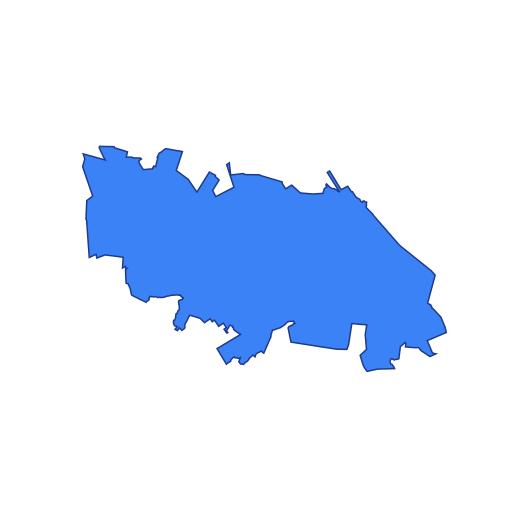 Santa Ana, Sonora, Mexico, rotated 329°
{"feature_id": "50627088B25223131716378", "entity_name": "Santa Ana", "entity_type": "district", "adm_level": 2, "iso_a3": "MEX", "parent_name": "Mexico", "parent_adm1": "Sonora", "projection": "natural_earth1", "projection_center": [-111.087, 30.458], "detail": "fine", "context": "isolated", "style": "filled", "palette": "blue", "viewbox_px": 512, "rotation_deg": 329, "n_neighbors": 0, "source": "geoboundaries", "source_scale": "gbopen_adm2", "svg_char_len": 5994}
<svg xmlns="http://www.w3.org/2000/svg" viewBox="0 0 512 512"><g transform="rotate(329 256 256)"><path d="M381.4,414.5L383.0,403.7L380.8,393.1L380.5,392.5L380.4,391.7L380.2,391.5L380.2,391.1L380.0,390.6L380.3,390.3L380.5,389.9L380.5,389.7L380.5,389.2L380.6,388.8L380.6,388.6L380.5,388.3L380.5,388.2L380.5,387.9L380.5,387.7L380.2,387.6L379.9,387.2L380.0,386.9L379.6,386.5L379.6,386.1L379.2,385.7L379.0,385.1L379.1,384.8L379.0,384.6L399.7,364.7L398.6,358.9L385.0,322.1L384.4,320.0L377.5,281.3L377.7,280.6L375.6,271.9L375.5,271.0L375.6,270.8L376.0,270.2L376.3,270.0L377.0,269.4L377.1,268.4L377.3,268.2L377.6,267.9L378.3,267.3L378.6,266.9L377.8,266.1L377.4,265.5L377.2,265.2L377.1,264.7L376.8,264.8L376.1,264.0L375.3,264.5L375.1,264.6L374.9,264.6L374.2,263.9L374.0,263.2L374.0,262.3L374.1,261.2L374.1,260.8L373.9,260.4L373.6,259.9L373.2,259.3L372.8,258.9L372.5,258.2L372.5,257.6L372.0,256.7L371.8,250.5L370.9,250.3L370.5,243.4L363.1,243.0L362.9,221.1L360.1,221.0L360.6,244.6L360.2,243.4L359.9,242.9L360.0,242.8L360.1,242.6L359.6,242.4L359.3,242.1L359.2,241.2L359.0,240.9L358.8,240.6L358.8,240.1L358.6,239.7L358.2,239.5L357.7,238.6L357.2,238.3L356.3,237.6L355.7,236.8L355.3,236.4L355.1,236.1L354.5,234.2L353.6,230.5L353.1,230.7L352.4,231.2L352.3,231.7L352.3,232.1L352.5,232.9L352.0,233.2L351.5,233.3L349.7,233.3L348.9,233.7L346.4,236.1L346.0,236.6L345.7,236.8L336.6,232.1L326.5,224.8L323.1,213.6L316.0,213.7L315.8,208.1L316.5,205.7L315.4,204.7L302.3,190.4L300.5,188.0L289.7,181.3L288.1,180.1L287.8,178.9L276.0,173.5L281.1,162.4L277.9,162.6L272.5,185.7L252.1,184.4L252.6,177.5L263.5,171.9L262.1,167.1L262.3,166.5L262.5,166.1L262.8,165.9L261.6,164.0L261.2,163.4L260.3,161.7L259.4,160.3L259.3,160.0L238.2,170.8L237.4,155.5L231.7,141.6L246.7,128.6L233.8,117.4L227.6,118.1L226.7,118.0L225.8,118.0L222.2,120.5L222.7,120.9L216.0,127.7L215.8,127.7L214.7,126.2L212.5,127.6L212.6,127.8L212.3,128.1L210.1,127.0L208.7,126.2L206.9,125.4L203.9,123.9L203.7,121.0L203.8,115.3L205.3,114.0L207.7,113.9L207.3,112.4L201.5,108.9L200.6,107.4L195.8,104.4L199.5,100.5L190.5,90.4L190.7,89.2L178.3,81.4L177.4,82.3L176.3,92.0L176.2,96.0L160.5,79.5L159.3,84.6L153.4,90.1L147.0,120.0L146.8,120.6L139.5,121.3L129.2,136.9L129.1,138.3L114.9,166.3L112.3,171.4L119.7,172.2L118.6,175.9L127.1,177.3L134.4,183.0L141.5,188.7L135.4,197.5L138.7,197.7L137.6,200.0L138.7,200.2L136.8,201.0L130.6,212.5L132.0,214.0L131.7,216.6L131.3,219.3L129.9,223.2L129.3,225.4L130.7,227.9L132.1,229.9L134.2,233.4L138.0,239.1L138.8,238.8L139.8,238.6L141.0,238.6L141.9,238.5L142.7,236.8L142.8,236.7L143.4,236.7L143.6,236.6L144.1,235.9L147.1,238.2L147.6,238.7L148.1,238.8L148.4,238.7L148.7,238.8L149.1,239.1L149.4,239.5L149.9,240.4L150.3,240.9L151.5,241.4L153.8,243.1L154.9,243.4L155.2,243.7L155.9,244.0L156.7,244.2L158.8,244.5L159.0,244.7L159.4,244.8L160.6,245.3L163.8,246.3L164.0,246.5L165.5,247.3L167.7,248.4L168.4,248.7L169.4,249.6L169.8,250.0L170.3,250.4L170.7,250.4L171.0,250.3L171.1,250.6L171.2,250.9L171.3,251.0L171.3,251.4L171.2,251.7L170.9,251.9L171.6,253.8L171.9,254.0L172.1,254.4L172.1,254.7L171.7,254.9L170.5,255.1L170.0,255.0L169.0,255.0L169.0,254.8L167.8,254.6L167.5,254.8L166.9,254.5L166.4,254.9L165.8,255.7L165.2,257.2L164.9,258.0L164.5,259.0L164.6,259.3L164.0,260.2L163.6,260.7L162.7,262.5L162.4,262.7L162.1,262.7L161.8,262.6L161.3,262.6L161.1,262.7L160.4,263.2L160.1,263.4L159.8,263.7L159.4,263.9L159.1,264.2L159.1,264.4L158.9,264.5L158.7,264.7L157.7,264.4L156.4,265.9L155.8,266.7L155.5,267.1L155.0,267.6L154.4,268.4L154.1,268.6L153.3,269.0L153.1,269.0L152.7,268.9L152.3,268.7L151.6,269.5L151.5,269.9L151.3,270.0L150.9,270.7L150.5,271.8L150.5,272.8L150.4,273.1L150.2,273.5L150.2,273.8L150.5,274.0L151.5,275.2L151.9,275.8L150.8,276.4L148.8,277.2L150.2,279.5L150.6,279.3L151.3,279.1L152.4,278.6L153.2,278.0L154.2,281.6L156.1,281.5L157.5,281.2L157.9,281.0L158.4,280.3L158.7,279.7L159.0,279.3L159.1,278.9L159.6,278.2L160.1,277.8L161.9,276.8L163.8,275.7L164.0,275.5L168.7,272.6L174.1,278.5L176.1,280.9L177.5,286.6L178.8,286.5L181.6,286.4L184.4,286.2L184.6,289.8L187.4,289.6L187.8,297.1L193.4,296.7L193.7,302.1L190.9,302.3L191.2,307.0L191.7,307.0L192.1,307.1L192.5,307.0L191.7,305.4L197.9,301.8L199.7,304.0L199.4,304.1L199.2,304.8L199.3,305.0L199.3,305.3L199.8,305.6L199.4,306.3L199.4,306.8L199.1,307.1L199.0,307.6L199.1,308.1L199.3,308.8L199.9,310.0L201.4,313.5L202.4,315.0L202.4,315.3L174.9,315.3L174.9,333.5L175.9,333.3L180.2,333.1L180.7,332.3L183.5,331.4L185.1,331.3L185.5,331.8L185.8,332.5L185.7,332.6L185.8,332.8L186.6,332.9L186.8,333.0L188.0,334.6L188.3,334.6L188.6,334.9L188.7,335.0L190.3,335.1L190.1,335.3L186.8,337.8L187.2,340.7L188.6,341.7L189.5,342.6L191.2,341.9L192.0,341.8L193.8,341.8L195.1,341.5L196.5,341.0L197.7,340.2L200.1,339.8L202.3,339.3L203.2,342.0L205.4,340.1L206.2,339.9L209.8,340.2L211.1,340.1L211.5,340.2L211.5,340.4L211.6,340.7L212.1,342.2L212.6,343.3L227.1,333.0L227.9,331.7L232.0,328.0L233.9,328.8L234.2,328.7L235.6,329.0L236.0,329.0L237.7,329.5L240.1,330.0L244.0,329.8L244.7,329.8L245.2,329.7L248.3,328.9L249.2,328.8L250.3,329.1L251.7,329.6L252.9,330.4L253.7,330.9L254.7,331.2L254.6,333.8L254.1,333.5L253.5,333.2L253.0,333.5L252.1,334.0L251.7,334.2L251.1,333.7L250.4,333.5L249.1,333.9L248.4,333.7L248.3,333.4L248.0,333.4L246.8,334.1L246.5,334.1L241.6,347.8L269.5,371.1L277.0,377.3L285.8,382.9L289.7,379.7L303.3,363.3L305.4,364.7L308.7,367.2L311.9,369.5L315.5,372.0L309.1,379.7L302.6,393.0L294.1,394.8L291.6,404.9L291.4,408.2L291.8,412.1L301.8,415.5L316.8,423.9L316.9,422.9L317.0,421.7L316.9,420.1L316.8,419.5L316.8,418.8L316.7,418.7L316.1,418.1L316.0,417.6L316.0,417.2L316.0,416.8L316.2,416.5L316.5,415.6L317.2,414.7L317.7,414.3L318.0,414.2L318.6,413.9L318.7,413.7L319.1,413.7L319.5,413.9L320.8,416.0L321.0,416.4L321.6,416.4L322.3,416.5L322.8,416.8L323.7,417.2L324.3,417.3L325.5,417.7L333.1,408.0L339.4,407.0L339.3,408.2L337.3,410.9L344.5,416.1L345.6,416.8L348.3,418.4L348.7,422.1L353.3,431.8L359.8,432.5L357.3,430.0L359.2,416.7L379.7,419.6L381.4,414.5Z" fill="#3b82f6" stroke="#1e3a8a" stroke-width="1.5"/></g></svg>